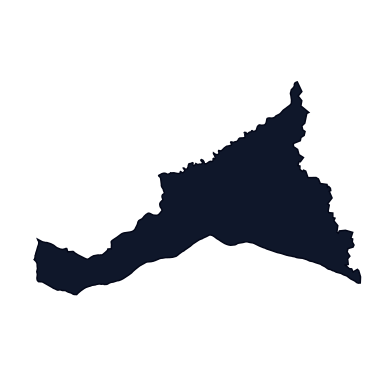 VI-7 Upper Corentyne, East Berbice-Corentyne, Guyana, rotated 266°
{"feature_id": "73187651B49855956252830", "entity_name": "VI-7 Upper Corentyne", "entity_type": "district", "adm_level": 2, "iso_a3": "GUY", "parent_name": "Guyana", "parent_adm1": "East Berbice-Corentyne", "projection": "albers", "projection_center": [-57.779, 3.06], "detail": "fine", "context": "isolated", "style": "filled", "palette": "ink", "viewbox_px": 384, "rotation_deg": 266, "n_neighbors": 0, "source": "geoboundaries", "source_scale": "gbopen_adm2", "svg_char_len": 6067}
<svg xmlns="http://www.w3.org/2000/svg" viewBox="0 0 384 384"><g transform="rotate(266 192 192)"><path d="M97.7,69.8L99.1,71.3L101.1,74.0L103.3,77.6L104.2,79.5L105.1,82.8L105.2,83.7L105.9,85.9L106.1,89.1L106.4,90.0L106.7,92.2L106.7,93.4L106.3,95.1L106.4,97.1L105.9,97.9L105.8,100.2L106.0,101.2L107.0,103.2L107.5,104.9L107.7,107.3L108.7,111.2L108.7,112.4L108.9,113.4L109.6,115.5L110.5,117.5L113.6,123.0L115.1,125.4L115.6,126.1L116.9,127.5L118.9,130.1L122.1,134.8L122.4,135.6L123.4,137.6L123.8,138.6L125.2,141.4L125.4,142.8L125.4,146.3L125.7,148.5L126.3,150.7L127.9,155.3L128.1,156.7L128.1,158.1L128.4,160.8L128.2,165.2L128.3,168.2L129.0,171.6L130.0,173.3L130.8,174.3L133.1,177.9L133.9,179.8L134.6,180.7L138.1,186.6L140.1,189.2L143.2,194.7L144.0,196.3L144.8,199.0L145.4,200.1L146.6,203.4L147.9,206.3L147.9,207.3L147.3,209.2L145.9,211.2L143.8,213.5L142.3,215.7L140.9,217.4L138.5,220.8L137.5,222.7L136.7,224.7L136.2,226.7L136.3,230.9L136.5,231.9L137.4,233.7L137.7,234.6L138.1,239.4L138.5,241.4L138.6,242.7L138.4,243.9L138.0,245.1L137.6,246.3L137.2,248.2L136.9,249.4L136.3,250.6L133.5,255.4L131.6,259.2L130.9,261.1L130.1,262.3L128.1,267.2L125.7,272.8L124.6,276.5L122.5,281.7L121.6,284.6L121.1,286.9L120.7,287.9L120.2,290.0L119.3,291.9L118.8,294.0L118.2,297.6L116.5,301.9L115.0,304.5L114.2,307.5L112.8,310.6L110.9,315.5L110.1,316.3L108.1,319.6L106.0,322.0L105.5,322.9L104.9,325.0L103.8,326.7L103.2,328.4L102.0,330.2L100.4,335.0L98.9,337.3L97.5,340.5L94.2,344.3L92.2,347.7L91.6,348.5L90.2,350.0L89.8,350.8L89.5,351.6L89.5,353.5L95.6,354.2L101.9,352.8L103.3,351.6L101.0,347.1L104.2,345.9L104.5,343.7L108.3,339.9L108.8,342.8L114.4,342.6L117.0,345.0L121.4,342.5L124.7,343.7L125.8,348.8L127.8,349.9L131.0,348.4L133.9,349.0L134.8,347.2L140.5,349.5L143.1,342.4L142.9,336.3L140.7,335.0L141.9,333.7L148.3,335.1L153.4,331.5L155.9,332.8L156.7,330.7L161.2,331.0L161.9,326.9L163.7,326.5L169.4,328.0L170.7,326.4L176.3,331.3L183.2,328.9L183.7,330.5L186.1,330.3L188.0,328.7L187.3,327.5L190.1,327.2L191.5,320.6L196.2,319.0L197.8,316.7L198.2,308.7L204.9,306.9L206.0,304.8L204.7,303.6L207.1,301.2L210.4,301.5L211.0,299.5L214.9,300.8L214.6,302.2L218.6,305.6L221.8,301.3L227.1,300.3L230.2,296.4L233.3,296.5L235.6,303.6L238.8,304.5L240.6,307.8L244.5,309.0L246.2,306.8L250.2,306.2L252.8,309.3L262.4,312.0L263.2,314.1L270.3,306.6L275.4,307.9L280.3,304.6L284.5,308.6L294.5,304.7L294.3,303.7L293.4,302.1L292.2,301.6L290.6,301.5L289.8,301.0L288.2,299.6L287.4,298.5L287.0,298.2L284.4,297.4L283.8,297.1L282.9,297.1L281.2,297.4L276.9,297.7L273.5,297.3L272.7,296.7L271.7,295.7L267.3,288.8L264.4,285.9L263.6,284.8L262.0,281.0L260.9,279.9L260.3,278.5L260.1,276.8L260.5,274.0L260.2,272.3L259.6,271.8L256.8,271.1L255.5,270.6L254.8,270.1L254.0,269.3L253.8,268.8L253.7,267.5L253.7,266.1L254.2,264.0L254.0,263.3L253.5,262.6L252.4,261.7L249.5,260.6L248.6,259.8L248.1,258.1L248.2,257.5L248.4,256.9L249.0,256.3L249.0,255.9L248.3,255.4L247.8,254.9L247.6,253.4L246.3,251.5L246.2,250.6L247.6,249.9L247.8,248.5L247.5,248.3L247.1,249.1L246.8,249.1L245.7,248.7L245.1,248.6L244.6,248.9L243.5,248.7L242.5,248.3L242.4,245.7L242.5,244.1L242.4,243.2L241.5,242.1L240.6,241.7L239.5,240.6L239.2,239.9L239.1,238.3L238.7,237.5L238.6,237.0L239.3,234.4L239.0,234.1L238.7,234.0L238.0,234.3L237.5,234.9L236.5,234.7L235.9,234.0L235.5,232.4L235.2,229.7L233.7,227.3L231.5,224.8L231.1,223.8L231.0,223.1L231.4,222.1L231.5,221.5L230.9,221.3L229.7,221.6L228.7,221.6L228.1,221.3L227.6,220.5L227.5,219.3L228.2,217.7L229.5,216.2L228.8,216.1L226.7,217.1L225.2,217.5L224.6,217.5L223.6,217.3L223.4,216.5L224.0,215.8L223.7,215.4L222.0,215.3L221.3,214.8L221.0,214.0L221.3,212.5L221.0,211.3L219.6,209.1L219.2,208.0L219.2,207.0L219.3,206.7L219.9,206.3L221.4,206.0L222.8,205.2L223.2,204.6L223.7,203.6L223.3,203.1L222.7,203.1L221.2,204.3L220.7,204.5L219.9,204.3L219.3,203.6L219.1,203.0L219.3,201.6L219.0,199.9L219.3,198.9L220.1,197.8L218.6,196.7L218.0,195.7L218.3,195.3L219.1,194.8L220.9,195.0L221.2,194.4L220.6,193.1L220.4,191.1L220.0,190.7L218.5,190.1L217.6,190.0L215.5,188.9L215.2,188.2L215.1,187.4L215.5,186.6L216.5,185.6L216.5,185.0L216.0,185.1L215.0,185.9L214.2,186.2L213.3,186.0L212.2,185.0L211.9,183.8L212.1,183.3L213.2,182.1L212.9,181.7L212.2,181.6L211.4,181.1L211.3,179.9L211.5,178.5L212.4,175.4L212.5,174.3L212.3,173.2L212.7,172.2L212.6,171.9L212.0,171.4L211.4,169.5L211.5,168.5L212.3,167.2L212.6,166.3L212.7,164.7L212.2,162.8L211.6,161.7L211.1,160.3L210.8,159.9L210.1,160.1L209.1,161.2L207.7,161.7L202.0,162.0L200.3,161.9L199.0,162.3L196.8,163.5L195.4,163.7L193.7,164.3L192.8,164.3L192.2,163.9L191.4,162.5L190.6,162.0L189.8,161.8L188.9,161.8L186.6,162.4L186.0,162.2L185.3,161.3L183.8,159.7L182.3,159.0L180.3,159.1L179.2,159.4L177.9,160.2L176.2,160.9L175.7,160.8L174.9,160.3L174.4,159.7L174.0,159.4L172.0,157.4L171.3,156.1L171.2,154.9L171.6,152.0L172.2,150.7L173.3,149.0L173.8,147.8L173.9,146.8L172.8,144.7L171.0,142.5L169.9,141.6L168.6,140.1L167.6,137.7L167.1,136.9L165.8,136.0L164.1,135.5L163.6,135.2L163.4,135.3L160.2,133.3L159.4,132.9L158.3,132.1L157.3,130.7L156.8,129.6L156.4,127.7L156.0,122.3L155.9,121.2L155.4,119.4L154.7,118.1L152.1,114.1L149.9,110.2L149.1,108.9L148.2,108.0L146.8,107.9L146.0,108.1L141.0,107.6L141.0,104.1L140.3,103.9L139.6,103.5L138.0,101.6L137.0,100.2L135.9,98.7L135.4,97.5L135.6,96.7L135.5,95.8L135.7,93.7L135.2,89.3L133.7,86.1L132.8,84.9L132.3,83.6L132.2,82.6L133.2,80.6L137.3,73.7L139.9,70.2L140.8,69.7L140.9,68.5L141.0,68.5L141.0,63.9L144.3,63.1L144.5,62.4L144.1,61.2L143.7,58.9L144.2,56.7L145.9,53.2L148.6,50.2L150.2,47.5L151.7,43.7L151.8,42.4L152.7,39.4L153.6,37.9L155.7,34.6L154.7,34.9L153.8,35.4L152.9,35.7L150.6,35.4L148.1,34.3L144.2,32.9L142.3,32.1L140.3,31.5L139.3,31.0L138.4,31.0L137.2,30.7L136.2,30.3L135.6,29.8L133.8,31.4L132.9,31.9L132.0,32.3L130.9,32.5L128.8,32.4L126.3,32.5L123.3,31.6L120.9,32.0L119.9,31.9L117.0,31.3L115.2,31.4L114.4,31.7L113.3,32.6L112.9,35.7L112.7,36.6L106.4,46.1L105.7,46.9L104.7,49.0L103.9,50.2L103.5,51.2L103.5,52.2L103.7,53.5L102.8,55.8L102.5,58.9L101.3,60.6L100.7,61.8L99.6,64.6L98.3,66.4L98.0,67.3L97.7,69.8Z" fill="#0f172a" stroke="#020617" stroke-width="1.5"/></g></svg>